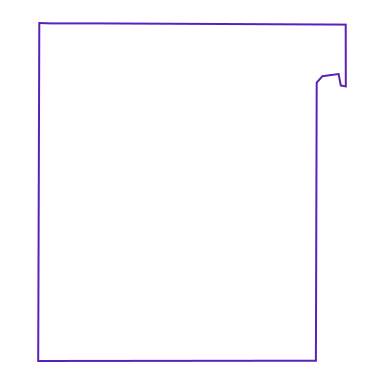 Cottle, Texas, United States of America (Robinson projection)
{"feature_id": "52423323B25180232244393", "entity_name": "Cottle", "entity_type": "district", "adm_level": 2, "iso_a3": "USA", "parent_name": "United States of America", "parent_adm1": "Texas", "projection": "robinson", "projection_center": [-100.209, 34.075], "detail": "fine", "context": "isolated", "style": "outline", "palette": "violet", "viewbox_px": 384, "rotation_deg": 0, "n_neighbors": 0, "source": "geoboundaries", "source_scale": "gbopen_adm2", "svg_char_len": 256}
<svg xmlns="http://www.w3.org/2000/svg" viewBox="0 0 384 384"><path d="M98.0,23.4L50.6,23.4L39.3,23.0L38.2,361.0L315.9,360.7L316.7,82.6L322.4,76.2L338.6,74.0L340.8,85.5L345.8,86.4L345.7,24.6L98.0,23.4Z" fill="none" stroke="#5b21b6" stroke-width="2"/></svg>